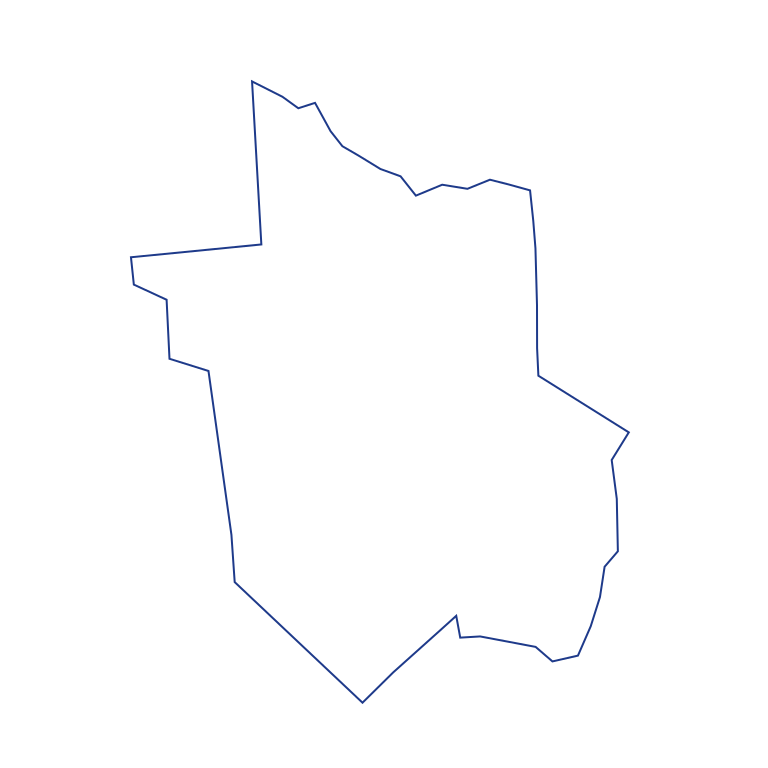 Mato Leitão, Rio Grande do Sul, Brazil (Equal Earth projection), rotated 354°
{"feature_id": "56859067B86490336750804", "entity_name": "Mato Leitão", "entity_type": "district", "adm_level": 2, "iso_a3": "BRA", "parent_name": "Brazil", "parent_adm1": "Rio Grande do Sul", "projection": "equal_earth", "projection_center": [-52.13, -29.521], "detail": "fine", "context": "isolated", "style": "outline", "palette": "blue", "viewbox_px": 768, "rotation_deg": 354, "n_neighbors": 0, "source": "geoboundaries", "source_scale": "gbopen_adm2", "svg_char_len": 727}
<svg xmlns="http://www.w3.org/2000/svg" viewBox="0 0 768 768"><g transform="rotate(354 384 384)"><path d="M357.3,127.0L344.8,97.2L327.6,100.8L313.1,87.8L284.4,69.3L276.6,232.4L145.6,231.5L145.6,259.0L176.6,277.5L173.3,336.5L210.8,352.7L216.5,518.1L214.8,565.4L329.3,698.7L363.1,671.7L396.2,647.8L416.1,633.4L431.6,622.1L433.3,644.2L453.2,645.1L480.3,653.2L507.3,661.3L522.5,677.5L548.5,674.4L564.3,646.5L576.5,618.5L584.3,588.8L599.1,574.8L603.5,522.6L602.5,483.4L622.4,457.7L538.4,391.9L540.0,364.4L544.4,321.6L548.8,264.9L549.5,237.4L549.5,206.7L528.9,198.6L510.7,191.9L487.4,198.6L462.7,191.9L435.4,200.0L422.2,179.2L402.9,169.8L382.3,154.0L367.5,143.2L357.3,127.0Z" fill="none" stroke="#1e3a8a" stroke-width="2"/></g></svg>